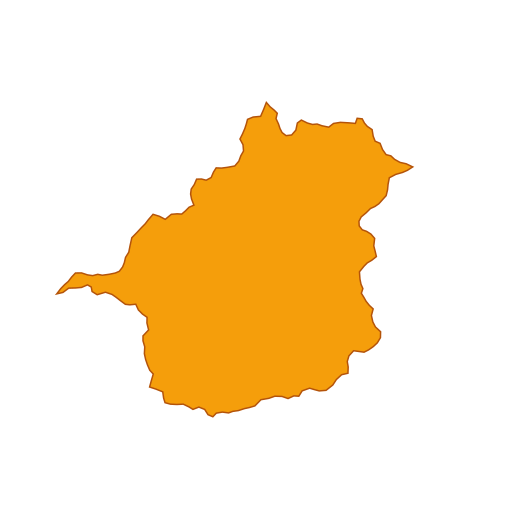 Carvalhos, Minas Gerais, Brazil, rotated 212°
{"feature_id": "56859067B78944431243735", "entity_name": "Carvalhos", "entity_type": "district", "adm_level": 2, "iso_a3": "BRA", "parent_name": "Brazil", "parent_adm1": "Minas Gerais", "projection": "albers", "projection_center": [-44.48, -22.028], "detail": "fine", "context": "isolated", "style": "filled", "palette": "amber", "viewbox_px": 512, "rotation_deg": 212, "n_neighbors": 0, "source": "geoboundaries", "source_scale": "gbopen_adm2", "svg_char_len": 2688}
<svg xmlns="http://www.w3.org/2000/svg" viewBox="0 0 512 512"><g transform="rotate(212 256 256)"><path d="M170.3,414.6L177.5,413.8L183.5,411.7L189.7,411.4L194.7,412.4L199.4,410.9L205.1,413.3L210.5,417.3L215.8,416.5L220.1,419.7L224.5,424.7L230.3,424.9L234.5,426.2L238.6,428.6L243.2,426.4L242.0,421.1L247.3,418.4L255.2,414.1L260.5,409.5L262.6,403.8L269.1,401.4L274.1,400.3L277.8,397.5L282.9,396.0L289.6,395.3L291.4,390.7L288.9,383.9L289.9,377.5L294.3,374.0L299.3,374.5L303.2,376.8L306.9,379.9L311.8,383.1L313.6,388.3L317.7,389.3L323.1,390.0L328.6,391.7L327.2,384.3L326.1,376.9L332.1,372.3L335.6,367.4L334.2,362.9L333.0,358.1L332.1,352.2L331.6,346.7L326.0,343.5L322.2,338.4L322.0,333.0L320.8,327.3L321.7,321.1L327.3,316.0L331.8,312.3L336.5,309.6L336.5,304.6L335.6,298.8L338.4,293.9L343.0,292.4L347.1,289.7L346.2,283.9L346.4,278.4L344.3,273.9L340.9,270.2L335.6,266.2L338.6,261.9L339.7,257.0L341.2,252.2L345.2,250.0L349.9,246.5L352.4,239.0L358.9,238.5L365.4,236.8L366.5,229.9L367.0,224.6L368.2,219.3L369.4,212.9L371.0,205.7L368.2,197.8L365.9,191.8L365.9,185.7L364.1,180.5L363.3,176.0L363.8,170.6L366.3,167.0L370.7,162.8L376.2,158.2L380.5,156.6L384.1,152.8L388.9,150.7L395.0,149.2L400.1,145.9L401.2,140.4L401.7,134.9L403.1,130.4L404.3,124.8L404.9,118.3L400.4,122.8L397.8,129.5L392.2,133.2L387.3,136.9L383.6,142.2L379.3,142.4L376.2,139.0L370.2,139.0L364.5,145.5L357.8,147.1L353.2,146.9L347.4,146.3L341.2,145.8L337.2,147.7L332.4,151.4L327.1,147.9L321.5,146.6L315.9,146.3L313.0,141.4L307.9,136.4L309.5,128.4L306.9,124.2L302.2,120.0L298.9,114.0L294.8,109.8L290.4,106.2L285.5,102.8L280.6,101.5L278.7,94.8L276.8,88.5L270.3,90.1L263.1,91.4L259.1,86.6L255.4,83.4L250.1,85.0L244.5,88.1L239.2,91.8L232.8,92.5L228.2,92.5L224.4,97.6L218.2,98.7L212.6,96.0L207.4,96.8L206.4,101.7L201.8,105.8L196.1,108.4L193.3,112.0L189.1,115.5L184.9,120.5L181.3,124.0L177.5,128.3L175.7,136.7L169.7,142.1L165.7,147.1L159.5,150.7L153.3,152.1L149.8,157.4L145.4,159.8L145.4,166.1L140.5,172.3L135.8,173.6L130.9,175.1L125.4,179.2L122.5,187.3L122.4,193.8L120.5,200.7L115.9,205.3L119.0,210.7L122.7,214.9L124.3,220.6L123.0,227.4L117.4,229.9L113.4,231.7L110.8,236.0L108.5,241.4L107.1,246.6L107.2,252.7L110.2,257.8L117.1,259.1L122.0,262.0L126.6,266.7L128.6,273.2L133.7,274.2L138.6,275.9L142.8,278.2L146.9,280.2L148.1,285.0L152.0,287.7L155.6,291.5L159.9,297.4L159.0,304.6L158.0,309.1L155.5,313.9L153.6,319.3L157.3,323.0L161.5,327.0L164.7,333.8L170.2,335.5L175.3,335.5L179.8,334.5L184.4,336.2L187.1,340.0L187.5,344.9L185.5,351.0L184.1,356.9L181.4,361.0L179.5,365.4L178.5,371.1L177.6,376.1L179.5,381.8L182.0,386.8L184.4,393.0L180.7,399.3L176.0,404.5L173.0,408.9L170.3,414.6Z" fill="#f59e0b" stroke="#b45309" stroke-width="1.5"/></g></svg>